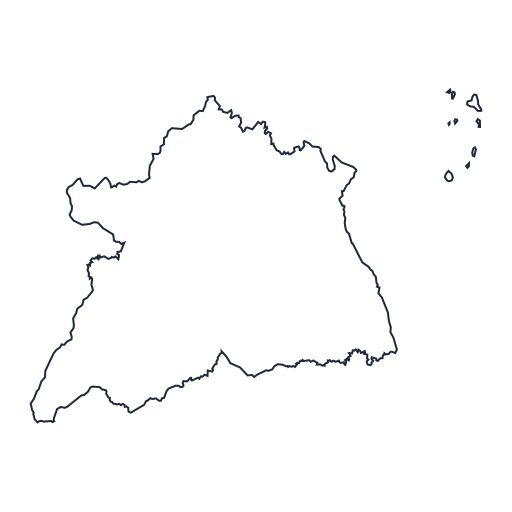 Sinjai, Sulawesi Selatan, Indonesia
{"feature_id": "22746128B62270956264702", "entity_name": "Sinjai", "entity_type": "district", "adm_level": 2, "iso_a3": "IDN", "parent_name": "Indonesia", "parent_adm1": "Sulawesi Selatan", "projection": "natural_earth1", "projection_center": [120.178, -5.197], "detail": "fine", "context": "isolated", "style": "outline", "palette": "slate", "viewbox_px": 512, "rotation_deg": 0, "n_neighbors": 0, "source": "geoboundaries", "source_scale": "gbopen_adm2", "svg_char_len": 6024}
<svg xmlns="http://www.w3.org/2000/svg" viewBox="0 0 512 512"><path d="M54.2,421.3L53.6,420.3L54.1,417.6L57.1,409.0L60.7,407.0L65.0,407.8L66.9,407.0L81.4,395.4L84.2,395.0L88.1,391.5L90.4,387.5L92.9,386.6L99.6,387.1L102.0,389.4L105.7,390.1L106.5,391.4L106.2,393.7L108.4,397.6L109.9,398.1L109.8,400.3L110.6,401.6L112.0,401.9L113.2,403.6L117.4,404.4L119.3,403.9L121.0,405.2L122.7,403.9L124.6,404.9L124.8,406.8L126.2,406.4L128.2,407.8L128.5,411.5L130.7,412.7L144.2,404.8L146.2,400.9L147.4,400.8L150.3,398.2L152.2,399.0L156.0,398.4L159.1,400.8L161.0,400.7L161.9,398.3L164.1,397.9L166.3,391.6L168.5,388.6L175.6,385.7L179.0,385.8L180.3,387.1L182.5,386.9L183.5,385.7L182.7,382.9L183.3,381.1L187.2,381.4L190.2,377.9L191.2,377.9L191.2,379.8L192.0,380.5L198.0,377.7L199.2,378.8L201.0,376.3L202.4,376.7L204.6,374.7L207.5,375.9L207.8,370.5L212.3,371.6L213.1,369.9L212.2,368.7L214.8,364.5L216.6,363.9L216.5,361.3L217.8,359.4L217.7,357.7L220.3,353.7L221.7,353.0L221.6,351.3L226.3,356.5L230.4,363.2L240.0,367.4L247.6,375.4L252.0,375.0L254.2,377.0L256.8,374.9L266.1,370.3L268.4,370.8L272.2,369.4L274.4,366.2L277.6,364.2L282.6,364.7L286.0,366.3L287.6,366.0L288.1,366.9L289.3,366.1L291.4,366.7L293.4,366.0L295.0,367.0L296.9,364.6L296.0,363.7L297.4,362.8L299.0,363.1L299.7,361.4L300.8,360.6L301.8,361.0L302.7,360.0L303.4,361.1L309.1,360.2L310.7,361.8L313.3,360.5L317.4,362.9L316.8,364.6L320.3,364.4L322.4,365.6L323.5,365.1L324.6,365.8L325.0,363.9L327.9,362.4L327.8,360.6L328.8,361.0L329.7,360.1L331.5,361.7L333.5,360.6L335.7,361.8L338.9,360.6L339.2,361.8L340.7,363.0L343.7,362.2L344.7,364.7L345.4,364.8L346.3,361.0L345.1,360.1L347.1,358.6L348.8,360.3L349.2,359.2L348.1,357.3L350.6,356.0L349.1,353.1L352.1,353.4L352.8,350.3L354.3,350.6L355.7,349.5L357.7,352.1L358.4,349.6L360.0,350.8L361.0,353.0L364.7,351.0L365.0,352.2L363.9,352.5L363.8,353.7L367.3,354.6L367.1,358.5L368.4,359.7L367.0,360.9L366.8,362.4L367.7,364.5L370.2,365.2L371.5,364.2L371.5,362.5L373.2,360.8L371.4,358.7L371.8,357.3L376.2,358.6L376.4,360.4L377.7,360.9L380.3,358.3L382.5,358.2L382.7,356.2L383.7,354.3L384.6,354.5L384.6,353.3L385.9,354.3L388.8,353.9L390.1,352.1L391.6,351.6L395.2,353.0L396.9,349.6L393.3,337.3L390.4,332.2L390.8,327.3L388.9,320.9L387.9,312.6L381.9,297.5L378.4,293.3L379.5,287.5L377.0,286.7L377.8,284.9L376.5,282.8L375.8,276.7L374.0,274.7L372.2,270.7L370.7,269.9L368.5,266.7L362.3,262.4L352.7,243.5L351.8,243.3L349.0,233.8L346.8,231.7L345.7,229.0L344.7,223.2L345.3,217.7L343.9,214.8L344.4,211.6L343.5,209.5L344.6,206.6L343.9,205.6L342.4,205.7L339.4,199.8L339.4,198.7L342.6,195.6L341.9,191.2L343.6,191.1L346.8,185.0L349.0,183.5L350.9,179.3L353.7,177.3L354.6,172.7L356.3,171.0L356.3,169.8L353.3,167.0L341.8,162.5L334.2,155.6L333.0,156.8L332.7,159.4L334.7,166.0L334.6,169.0L331.7,171.5L329.2,170.9L327.3,167.7L327.0,163.4L325.0,161.5L320.4,150.9L320.8,149.0L318.8,147.1L312.4,146.5L309.2,143.3L304.3,141.0L303.6,142.1L304.3,145.9L300.8,150.3L299.8,150.1L299.2,147.0L298.3,146.4L294.1,147.8L294.5,151.4L290.5,154.1L289.2,154.3L288.0,152.4L285.8,153.9L284.2,151.9L282.8,154.2L281.6,154.2L279.4,151.4L276.8,150.4L273.6,145.2L273.4,143.6L271.3,144.1L271.4,138.4L269.8,135.4L271.0,133.3L268.1,131.8L265.8,134.0L264.8,133.3L264.9,131.1L267.2,128.6L266.9,126.8L264.5,127.7L265.3,123.6L265.0,122.1L262.7,121.7L261.1,124.1L258.2,122.0L252.4,129.3L246.9,127.4L245.7,128.1L244.3,131.2L242.9,131.6L241.1,127.8L239.1,126.4L241.1,122.8L240.6,118.2L238.6,117.0L238.5,115.5L235.1,115.8L231.5,118.2L230.5,117.5L231.9,112.9L231.1,110.2L227.4,112.9L223.2,111.9L221.9,109.5L218.8,109.4L219.9,106.1L214.7,100.2L215.1,97.8L213.5,95.9L207.4,97.1L207.8,99.8L206.0,101.9L205.0,106.3L202.8,111.1L199.4,110.7L193.6,115.3L193.4,119.8L190.6,124.2L188.9,124.4L182.0,129.0L171.9,128.2L168.3,131.2L166.7,136.5L164.1,137.9L163.9,144.3L160.5,146.5L160.5,150.9L159.8,152.8L157.9,154.0L152.6,153.9L153.6,158.8L149.8,165.8L149.0,174.7L149.7,177.9L145.0,181.3L142.0,182.3L138.6,180.9L136.6,182.3L130.1,181.8L127.2,184.0L123.5,184.7L119.3,183.0L116.9,184.4L116.2,186.6L114.1,185.6L111.8,187.4L111.0,187.3L110.3,183.3L108.0,179.6L106.2,177.8L104.8,177.9L94.8,188.4L89.9,185.8L83.4,185.9L80.0,178.5L77.5,179.3L72.8,184.8L68.6,187.1L66.9,190.0L66.8,192.5L70.1,198.1L70.5,202.9L72.0,206.2L71.7,210.4L69.6,214.6L70.7,217.0L73.8,220.7L82.1,224.8L89.5,224.0L94.2,222.2L97.9,222.7L103.1,228.3L113.1,234.4L114.1,240.7L116.2,241.8L119.2,241.9L121.2,243.9L124.3,242.7L120.8,251.4L117.4,252.0L117.4,254.2L118.8,254.7L119.0,256.1L118.3,259.3L115.6,256.4L113.8,257.6L111.8,256.9L110.8,258.1L108.1,258.8L104.2,256.3L100.6,257.4L99.5,255.5L98.3,255.4L97.4,256.6L98.9,258.3L98.5,259.3L96.0,257.4L94.6,258.8L92.2,258.3L90.6,260.6L92.2,262.1L90.1,262.9L90.1,265.5L88.5,264.5L87.4,265.0L88.4,267.4L87.5,270.3L89.0,273.0L88.6,276.1L89.8,276.7L89.8,278.7L91.4,277.6L92.2,278.6L91.4,285.0L92.8,288.9L92.6,291.0L87.2,297.7L83.6,299.8L82.3,304.9L77.3,308.7L76.2,312.9L73.1,318.5L73.9,325.0L73.5,328.1L70.4,332.6L71.8,337.0L71.4,339.4L67.2,341.4L64.1,344.9L61.6,344.4L60.2,347.2L56.4,349.9L53.5,353.5L45.3,371.0L45.0,377.3L41.5,381.2L38.6,389.4L36.9,391.1L34.0,398.6L30.7,403.6L32.1,410.0L33.7,412.6L33.3,413.7L34.5,419.0L37.6,422.4L39.5,421.1L41.7,420.9L43.7,421.6L51.0,421.0L52.5,422.1L54.2,421.3ZM478.1,101.1L476.3,94.9L474.0,94.6L472.5,96.7L471.5,100.5L467.5,101.5L467.1,104.5L470.4,106.5L473.9,106.8L477.8,110.9L481.2,110.9L481.3,109.5L478.1,104.3L478.1,101.1ZM448.9,181.3L451.8,180.3L452.9,177.5L451.6,173.9L448.5,170.9L445.8,174.1L444.9,177.2L447.2,180.6L448.9,181.3ZM474.2,156.3L475.9,149.4L474.9,147.4L473.3,148.6L472.2,152.7L472.8,155.6L474.2,156.3ZM480.0,127.0L479.9,120.6L477.8,119.1L476.5,121.3L479.0,124.5L478.6,126.9L480.0,127.0ZM453.1,91.8L452.0,93.6L452.0,98.4L452.7,98.7L454.9,94.4L454.5,92.4L453.1,91.8ZM455.1,123.5L457.4,120.8L456.9,119.6L455.4,119.2L454.4,120.7L455.1,123.5ZM449.3,93.0L450.5,92.1L450.1,89.6L447.1,92.2L449.3,93.0ZM467.4,167.8L468.8,166.5L469.0,163.2L466.1,166.2L467.4,167.8ZM448.9,124.8L449.6,123.9L449.6,122.4L448.4,123.5L448.9,124.8Z" fill="none" stroke="#1e293b" stroke-width="2"/></svg>